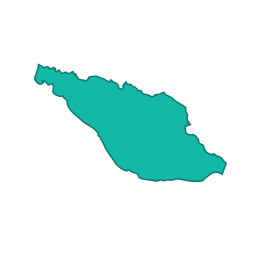 outline of Nimba, rotated 107°
{"feature_id": "LBR-791", "entity_name": "Nimba", "entity_type": "County", "adm_level": 1, "iso_a3": "LBR", "parent_name": "Liberia", "parent_adm1": "", "projection": "robinson", "projection_center": [-8.946, 6.763], "detail": "fine", "context": "isolated", "style": "filled", "palette": "teal", "viewbox_px": 256, "rotation_deg": 107, "n_neighbors": 0, "source": "natural_earth", "source_scale": "10m", "svg_char_len": 4189}
<svg xmlns="http://www.w3.org/2000/svg" viewBox="0 0 256 256"><g transform="rotate(107 128 128)"><path d="M152.7,39.1L156.8,41.4L158.6,45.4L160.6,53.3L161.8,64.1L162.3,66.3L163.0,67.6L164.7,70.3L165.3,71.8L166.1,75.2L166.5,76.1L167.7,77.8L168.1,78.7L168.2,79.4L168.0,80.8L168.0,81.6L168.4,82.3L169.8,83.9L170.4,85.1L170.7,86.1L170.8,88.8L172.5,99.5L172.3,102.2L171.6,103.3L169.5,105.0L169.0,106.0L168.9,108.0L169.0,109.8L168.9,111.6L167.7,114.6L168.1,115.5L168.9,116.1L169.4,116.7L169.5,118.3L169.3,119.8L168.5,123.2L167.3,126.4L165.9,128.9L157.0,140.1L155.1,142.5L148.0,148.9L146.6,150.7L146.4,150.7L144.8,151.7L144.7,151.8L144.8,151.9L144.3,153.5L144.1,154.0L143.7,154.3L142.5,154.5L142.0,154.8L139.6,158.2L137.9,162.4L135.6,171.3L129.7,184.7L128.1,187.4L125.9,190.3L123.3,192.8L120.5,193.9L119.1,194.8L117.9,198.4L116.4,199.8L117.5,201.6L117.7,204.4L117.3,207.2L116.4,209.4L114.9,210.6L110.9,211.1L109.2,211.8L107.9,213.7L108.7,215.0L109.9,216.1L109.9,217.1L108.1,219.8L107.5,222.3L108.1,223.5L109.5,222.0L111.0,223.5L111.8,225.3L111.6,227.3L110.1,229.8L109.1,230.9L107.5,231.8L96.1,231.5L93.5,232.2L93.9,229.6L94.0,228.6L94.1,228.4L94.9,226.9L94.9,226.6L94.8,226.1L94.4,225.2L93.3,223.6L93.0,222.9L93.0,222.3L93.1,221.8L93.4,220.9L94.1,220.2L94.3,220.1L94.5,220.0L94.4,219.8L94.2,219.4L93.9,219.2L93.7,219.0L93.4,218.5L93.1,218.0L92.9,217.7L92.7,217.5L92.5,217.4L92.3,217.4L92.2,217.3L92.0,217.2L92.0,216.9L92.0,216.5L92.4,215.1L92.5,214.8L92.5,214.7L92.9,214.7L93.7,214.8L93.9,214.7L94.2,214.7L94.5,214.5L94.8,214.2L95.1,213.8L95.3,213.6L95.3,213.4L95.2,213.3L93.6,211.8L93.1,211.3L92.9,211.0L92.9,210.8L93.0,210.6L93.2,210.2L94.8,208.0L94.9,207.8L95.0,207.6L95.0,207.3L94.8,206.8L94.0,205.2L93.7,204.9L93.2,204.6L92.9,204.3L92.8,204.2L92.8,203.7L93.2,202.3L93.3,202.1L93.2,200.5L93.1,200.2L92.9,199.8L92.4,199.3L90.4,197.7L90.2,197.5L90.1,197.3L90.2,197.1L90.5,196.8L91.0,196.5L91.1,196.4L91.3,195.7L91.6,195.5L91.7,195.3L91.8,194.8L91.8,193.9L91.8,193.4L91.9,193.2L92.1,193.2L92.3,193.3L92.5,193.6L92.6,194.0L92.8,194.2L93.0,194.1L93.5,193.2L93.7,192.9L93.8,192.6L94.0,191.3L94.1,191.0L94.3,190.7L95.6,190.2L95.8,190.1L95.9,189.7L95.9,189.4L95.8,188.1L95.7,187.6L95.7,187.3L95.7,187.0L95.6,186.5L95.3,184.2L95.3,183.6L95.4,183.1L95.9,182.6L95.8,182.2L95.2,181.7L93.3,180.7L91.0,180.1L90.7,179.9L89.7,178.5L87.8,173.6L87.9,170.3L88.2,168.6L88.2,168.2L88.0,166.4L88.1,165.6L88.2,165.0L88.9,162.6L89.4,159.9L89.4,159.5L89.3,159.1L88.9,158.7L88.6,158.6L88.4,158.6L87.9,158.8L87.7,158.8L87.4,158.8L87.3,158.7L87.1,158.6L87.1,158.4L87.2,158.2L88.0,156.3L88.1,155.7L88.6,152.6L88.9,151.6L89.1,151.2L90.2,149.7L90.3,149.6L90.6,149.4L91.9,148.9L92.1,148.7L92.3,148.5L92.5,147.9L92.6,147.7L92.8,146.6L93.0,145.8L93.0,145.5L92.8,145.2L92.2,144.7L91.8,144.5L91.1,144.4L90.2,144.7L90.0,144.9L89.4,145.2L88.3,144.9L83.8,143.3L84.8,143.3L85.2,143.1L85.7,142.6L86.2,140.8L86.2,140.0L85.5,138.7L85.5,138.1L86.3,137.1L86.6,136.5L86.8,135.8L87.2,134.2L87.0,133.5L87.0,132.9L87.7,131.8L87.9,131.3L88.1,130.7L88.3,130.2L89.1,129.5L89.3,129.0L89.2,128.4L88.9,127.7L88.6,127.3L88.5,126.7L88.9,126.2L89.3,125.7L89.7,125.3L90.0,125.0L90.7,124.2L91.0,123.7L91.1,122.9L90.6,120.6L90.6,119.5L90.6,118.3L91.2,115.2L91.2,114.3L90.4,113.3L89.9,112.4L89.6,112.2L89.4,112.1L89.0,112.1L88.7,112.0L88.2,111.8L88.0,111.4L87.7,110.1L87.4,109.7L87.1,109.2L86.7,108.7L86.5,107.8L86.3,107.2L85.9,106.7L85.0,106.2L84.6,105.9L84.1,105.0L83.5,104.2L83.5,103.8L85.1,101.9L85.3,101.5L85.4,99.9L85.5,98.9L85.9,97.6L86.0,96.4L86.2,94.8L87.9,92.0L91.2,79.8L91.5,78.8L92.1,78.6L93.5,78.3L94.8,77.9L96.1,76.7L97.4,75.5L98.8,74.6L100.4,74.8L101.2,74.3L103.4,73.5L103.9,73.5L104.2,71.7L104.6,71.6L105.7,72.1L106.2,69.5L107.5,70.3L109.3,73.7L110.6,73.5L114.9,71.7L116.0,71.0L116.6,68.7L116.2,66.6L115.5,64.6L115.3,62.7L115.7,61.5L116.6,59.9L118.4,57.4L119.3,56.8L120.9,56.3L121.8,55.4L122.1,54.4L122.3,52.1L122.6,51.1L123.2,50.5L126.0,48.7L127.7,46.6L128.6,44.6L129.0,42.4L128.9,39.8L128.6,39.3L128.2,39.1L127.8,38.9L127.7,38.2L127.9,37.6L128.4,36.4L128.6,35.8L128.8,31.9L129.5,29.6L132.1,26.1L132.9,23.8L144.6,24.5L144.1,28.7L144.7,31.8L146.5,34.3L149.7,36.9L152.7,39.1Z" fill="#14b8a6" stroke="#0f766e" stroke-width="1.5"/></g></svg>